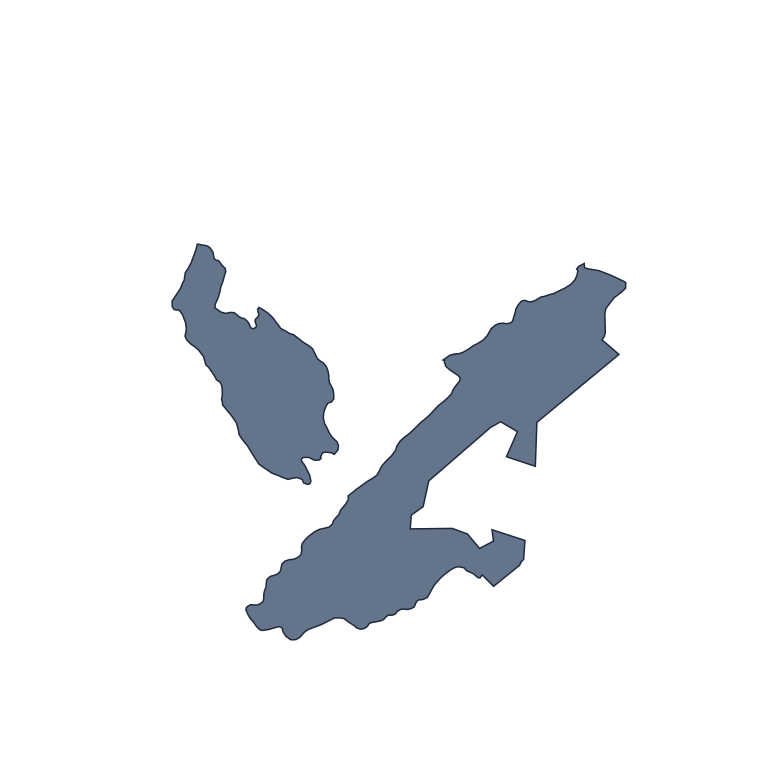 outline of Panfilov, Chuy, Kyrgyzstan, rotated 321°
{"feature_id": "92254566B35271705363117", "entity_name": "Panfilov", "entity_type": "district", "adm_level": 2, "iso_a3": "KGZ", "parent_name": "Kyrgyzstan", "parent_adm1": "Chuy", "projection": "mercator", "projection_center": [73.745, 42.502], "detail": "fine", "context": "isolated", "style": "filled", "palette": "slate", "viewbox_px": 768, "rotation_deg": 321, "n_neighbors": 0, "source": "geoboundaries", "source_scale": "gbopen_adm2", "svg_char_len": 5224}
<svg xmlns="http://www.w3.org/2000/svg" viewBox="0 0 768 768"><g transform="rotate(321 384 384)"><path d="M132.8,496.9L134.2,498.9L136.4,500.2L139.7,502.1L140.6,502.5L145.8,504.7L148.8,506.0L149.9,506.8L151.1,508.4L151.0,510.4L150.1,511.9L149.4,514.0L149.0,518.4L150.4,523.7L152.3,525.6L154.9,527.3L159.0,527.9L166.3,526.8L170.9,527.2L184.1,531.6L190.3,532.9L198.0,534.6L201.1,536.8L203.0,538.5L205.1,540.8L207.0,547.7L208.8,553.2L209.3,556.5L209.9,557.5L211.2,559.4L213.2,560.9L215.3,561.7L218.7,561.9L221.0,561.0L223.1,561.1L224.1,561.6L229.0,564.2L232.2,565.9L235.7,566.8L238.8,566.2L241.9,566.4L245.0,568.9L248.0,569.9L251.3,569.1L254.3,569.4L256.9,570.6L260.7,574.3L264.1,575.7L267.2,576.2L272.1,573.7L274.6,573.4L278.9,576.1L283.4,577.2L290.3,574.4L295.7,572.2L300.1,571.3L305.5,570.4L310.2,570.1L318.0,570.3L322.6,571.0L325.5,572.0L327.5,573.6L330.4,576.9L330.8,581.3L332.5,584.5L334.2,588.1L335.0,593.3L336.5,595.1L340.2,594.2L341.8,610.2L375.4,610.2L378.9,608.5L382.1,608.2L395.1,594.3L376.2,565.2L370.2,575.0L354.8,571.9L354.5,553.1L346.2,539.2L313.2,513.1L322.7,503.1L337.3,503.9L357.8,487.5L439.4,484.8L450.9,486.7L457.7,505.0L433.4,517.6L449.8,543.2L478.7,510.0L585.2,508.9L581.2,486.7L584.5,486.0L588.1,483.6L597.4,471.6L599.7,468.6L603.8,465.0L613.6,462.6L617.7,461.8L626.4,462.1L632.0,461.6L635.6,457.5L635.1,455.4L628.5,441.8L622.4,431.2L615.5,423.4L613.0,419.8L615.5,416.3L614.4,416.1L611.9,415.6L610.4,415.3L609.5,415.2L608.9,415.2L606.0,415.9L606.1,417.8L602.5,420.9L598.0,423.2L591.7,424.1L585.0,423.3L579.0,421.9L573.5,420.7L573.3,420.7L568.1,418.4L563.7,416.8L560.6,415.1L554.5,414.3L550.1,412.8L547.9,410.6L546.0,407.5L543.0,406.1L538.3,406.9L533.9,408.6L530.3,411.4L525.6,414.6L523.6,416.0L520.7,416.2L517.6,414.6L514.5,411.4L511.4,409.4L507.4,408.3L502.1,408.4L494.9,411.3L489.9,412.1L488.7,412.3L481.5,411.3L477.2,410.4L471.1,410.0L465.3,409.1L461.1,407.5L457.8,405.1L453.3,403.1L448.1,402.8L444.9,402.5L445.6,404.0L444.5,405.5L443.1,409.4L444.4,416.0L445.4,419.0L446.9,424.1L447.0,427.3L444.5,429.3L441.1,430.0L437.8,430.8L433.3,432.3L430.5,434.0L426.0,434.7L419.7,435.1L412.7,435.0L407.1,435.7L401.0,436.7L395.3,437.0L387.4,437.1L379.2,438.0L372.5,438.4L371.6,438.4L367.6,438.2L360.6,438.5L355.1,440.3L351.1,442.8L344.8,444.5L335.0,445.5L329.7,446.6L325.3,448.8L320.9,450.4L316.9,450.2L309.6,449.2L297.1,448.5L285.7,448.4L283.6,451.4L281.0,452.3L278.2,453.3L270.9,454.7L266.7,457.1L262.6,457.6L258.9,458.4L255.5,460.4L251.6,460.7L248.0,459.1L242.1,456.2L236.9,455.1L229.5,454.9L224.6,455.4L220.0,456.5L217.1,458.9L215.4,461.5L212.1,464.3L209.1,464.6L205.5,464.0L203.0,463.1L200.3,461.1L195.5,459.3L191.4,459.7L189.5,461.1L187.0,463.3L185.1,464.4L181.5,464.6L178.1,463.5L175.5,462.3L172.5,461.9L169.4,462.5L166.0,465.9L164.8,467.5L161.4,469.2L158.1,471.9L155.9,474.6L153.5,476.8L149.4,476.9L145.9,475.6L143.1,473.1L141.3,471.5L138.2,471.0L136.5,471.1L134.6,472.5L133.1,478.0L132.5,482.0L132.7,487.0L132.4,491.1L132.4,493.3L132.8,496.9ZM327.0,157.8L322.3,161.3L310.4,168.4L305.2,170.6L299.5,172.5L294.0,177.6L290.8,178.9L286.1,181.6L282.0,182.9L277.9,184.2L271.5,186.2L268.0,190.7L267.8,194.1L269.3,196.0L271.0,197.1L271.3,200.7L270.9,203.9L268.2,211.8L264.4,217.6L261.5,219.9L259.4,221.7L258.5,225.2L258.8,229.1L259.2,232.2L260.3,235.8L261.3,240.6L261.1,244.6L261.0,249.2L257.7,256.7L257.7,258.5L258.1,259.8L258.1,261.0L258.2,262.3L258.1,263.0L257.9,263.6L257.9,263.8L257.9,264.0L257.9,264.3L257.8,264.5L257.8,264.8L257.9,265.0L257.3,271.0L256.5,275.5L257.8,279.7L256.8,283.1L255.3,285.8L251.5,290.7L248.1,293.7L247.0,296.4L245.4,298.7L245.5,312.8L244.8,321.5L241.5,328.7L239.5,332.2L239.0,337.6L239.0,346.1L238.3,351.0L237.4,357.8L236.4,367.5L238.1,374.0L239.7,379.0L240.8,382.7L242.8,386.2L244.5,389.1L245.7,391.7L247.5,394.6L249.3,397.7L253.8,399.8L257.2,401.7L258.6,403.6L260.3,406.7L259.3,410.4L261.3,413.7L262.7,414.8L264.3,414.6L265.9,413.7L267.4,410.9L268.9,408.1L270.0,402.9L271.0,398.7L271.3,395.9L271.4,393.1L271.8,391.3L272.7,390.3L274.7,390.2L277.4,392.0L279.5,394.0L282.0,399.5L283.7,400.8L285.8,402.3L288.1,402.3L289.0,400.8L291.3,399.4L293.2,399.0L295.7,400.1L299.9,404.4L301.0,407.4L306.9,406.2L310.0,403.0L311.1,399.2L310.2,392.4L310.7,387.4L311.9,382.9L313.0,377.1L315.4,372.3L319.3,368.1L325.3,364.6L328.5,363.6L331.9,364.9L335.6,364.0L338.5,360.3L340.7,356.7L341.6,353.2L342.6,348.2L344.3,345.4L346.3,342.9L348.6,338.8L350.1,334.3L350.1,329.0L348.8,325.6L348.3,322.4L348.8,319.9L350.0,314.6L350.7,311.4L349.6,306.8L347.5,300.7L346.5,296.3L345.6,292.6L344.8,288.7L342.6,285.9L340.8,280.7L338.7,275.9L339.0,271.7L339.1,267.2L339.3,263.8L339.2,260.9L338.3,255.3L336.4,249.1L335.0,245.8L332.7,246.4L331.2,249.3L330.6,251.4L327.8,252.6L324.9,252.7L323.3,254.1L322.5,256.0L321.8,258.3L320.1,259.3L317.9,259.1L316.0,257.3L316.2,254.7L317.2,251.9L317.2,248.3L316.5,245.1L314.6,242.8L313.6,240.0L313.1,236.8L312.4,234.2L309.8,231.8L308.3,231.0L305.3,229.4L302.5,225.3L301.5,221.8L300.6,218.5L303.0,215.8L309.2,212.7L314.6,209.0L318.1,206.0L322.5,203.5L328.5,199.2L331.7,197.2L333.4,194.1L332.8,189.8L333.1,185.9L332.9,183.5L331.7,182.6L330.8,180.3L332.0,177.6L334.0,174.0L334.4,170.8L334.4,167.8L333.1,164.9L327.0,157.8Z" fill="#64748b" stroke="#1e293b" stroke-width="1.5"/></g></svg>